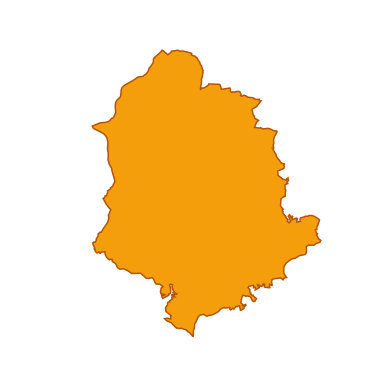 Zalha, Salaj, Romania, rotated 139°
{"feature_id": "2599482B19870008229772", "entity_name": "Zalha", "entity_type": "district", "adm_level": 2, "iso_a3": "ROU", "parent_name": "Romania", "parent_adm1": "Salaj", "projection": "albers", "projection_center": [23.526, 47.196], "detail": "fine", "context": "isolated", "style": "filled", "palette": "amber", "viewbox_px": 384, "rotation_deg": 139, "n_neighbors": 0, "source": "geoboundaries", "source_scale": "gbopen_adm2", "svg_char_len": 5962}
<svg xmlns="http://www.w3.org/2000/svg" viewBox="0 0 384 384"><g transform="rotate(139 192 192)"><path d="M263.3,245.4L264.7,239.3L265.0,235.4L264.9,231.9L270.4,229.3L271.7,227.1L273.6,225.5L277.2,223.9L282.5,222.7L286.8,221.2L288.0,222.1L290.5,221.9L290.9,221.0L292.8,220.0L294.3,219.8L296.2,218.3L297.8,217.6L299.0,218.7L300.3,218.7L301.2,217.0L302.3,213.4L303.2,213.3L303.1,211.6L303.8,211.2L303.9,208.6L302.2,207.6L301.7,208.0L301.0,207.0L301.6,206.3L301.3,205.9L299.8,206.0L296.8,204.0L297.9,202.9L298.8,200.9L299.3,198.1L299.0,195.1L297.6,194.7L296.6,193.5L296.6,193.1L297.2,192.7L297.7,191.7L296.6,188.2L297.8,183.7L297.1,181.0L295.4,180.1L293.7,178.4L291.4,172.7L291.6,172.3L291.3,170.9L290.8,169.9L284.2,164.4L283.7,163.2L283.9,161.4L283.2,159.5L283.4,158.2L283.2,157.4L281.6,155.3L278.1,153.5L278.2,151.5L279.3,147.9L279.4,145.9L276.9,143.7L275.9,139.6L278.4,139.7L280.6,137.8L281.0,137.8L282.2,135.6L280.7,133.9L279.8,132.2L281.4,132.5L282.4,134.3L283.7,132.0L283.8,130.9L277.6,129.3L276.8,129.5L276.5,129.8L276.6,130.3L276.1,130.4L274.9,129.7L273.2,131.1L271.4,133.4L269.7,136.8L268.4,136.3L267.7,134.5L269.2,133.8L271.1,129.5L270.9,127.7L272.2,128.2L271.6,126.2L270.2,125.2L270.9,125.0L273.7,127.0L274.0,126.4L273.8,124.2L275.1,125.6L274.1,127.6L274.5,127.8L274.9,127.5L275.8,125.5L276.6,125.5L276.8,125.1L276.5,124.4L276.7,124.1L280.0,124.5L281.1,123.8L282.1,124.5L283.1,124.3L284.8,122.8L287.1,122.3L288.3,121.6L290.0,119.0L288.9,112.3L290.2,111.9L291.1,110.2L292.0,110.9L293.2,112.8L295.8,114.3L295.6,111.8L295.1,110.1L294.5,109.6L294.4,108.8L293.4,107.0L293.5,104.3L293.1,102.7L293.3,101.8L292.9,99.3L292.2,99.0L291.6,97.6L289.5,96.2L286.8,91.7L286.7,91.3L287.0,91.0L286.6,90.5L286.8,89.1L286.1,87.7L286.1,84.3L285.7,83.7L286.2,82.9L285.9,82.3L284.4,83.5L281.4,87.0L279.9,87.3L276.5,90.7L273.4,91.7L269.8,93.5L267.7,93.8L266.3,93.6L263.4,91.9L262.8,89.5L261.8,88.2L260.7,88.0L256.8,85.7L251.1,84.5L248.6,84.5L247.7,85.0L244.1,84.1L242.8,82.4L239.3,80.2L239.2,79.8L240.3,78.9L240.1,77.6L237.4,77.4L237.5,76.6L236.8,76.2L233.6,76.8L233.1,75.7L231.7,75.7L230.8,75.1L230.8,74.5L231.8,73.6L231.9,72.5L233.0,71.3L232.8,70.6L230.5,70.2L229.1,70.2L229.2,70.8L228.7,71.0L225.6,71.1L225.3,72.0L228.5,72.9L228.6,73.2L227.5,73.7L227.8,76.5L223.8,79.5L221.5,80.7L220.0,78.9L220.0,78.3L218.2,76.9L216.8,74.9L216.7,74.0L217.8,70.3L217.2,68.7L216.1,68.3L213.3,69.2L214.0,73.6L213.7,74.2L214.7,74.7L214.6,76.0L214.9,76.9L213.9,77.1L214.1,77.9L213.9,78.9L212.5,80.0L212.4,80.6L212.6,83.0L211.1,83.5L207.0,81.4L207.0,80.9L208.4,79.4L207.2,79.0L206.7,78.4L208.5,76.6L203.9,75.7L203.5,76.2L203.9,77.9L203.4,79.2L202.4,77.7L202.0,76.0L201.1,75.1L199.6,74.7L199.1,74.8L199.3,75.4L198.9,75.8L197.8,75.7L198.1,74.3L198.9,73.6L199.1,73.8L199.5,72.1L197.7,70.5L196.9,69.3L195.9,68.8L195.4,70.0L194.1,71.5L193.8,71.4L193.3,69.6L192.8,69.1L192.1,69.8L191.2,71.7L189.6,73.0L189.1,73.3L187.8,73.1L181.6,69.1L180.9,66.6L181.0,66.0L180.7,65.9L179.5,66.6L178.7,66.5L176.7,65.4L176.0,70.1L174.9,71.9L172.0,74.9L170.4,75.8L167.3,76.6L161.2,76.2L157.1,74.1L152.6,73.5L147.9,70.7L146.2,70.8L144.8,71.8L143.0,73.8L141.9,75.6L140.9,75.9L138.9,75.4L134.8,71.9L132.2,71.7L128.5,70.2L126.5,71.0L127.1,73.3L126.9,75.2L126.5,75.9L126.4,77.8L125.8,78.1L124.8,78.0L125.0,80.0L124.1,81.4L123.7,82.6L122.3,81.9L120.3,84.0L118.8,84.4L114.0,87.3L114.5,89.9L115.7,93.5L116.9,95.5L118.9,97.3L120.2,97.6L122.6,99.5L123.5,99.5L127.2,101.3L128.2,100.7L129.6,98.7L132.7,100.6L130.0,102.8L130.7,103.3L130.3,103.7L130.5,104.0L130.8,103.8L132.1,104.6L134.5,105.1L134.8,105.5L132.1,107.5L132.4,108.1L133.7,108.0L133.3,110.8L133.7,111.0L135.2,110.6L135.8,107.8L137.3,104.9L138.0,105.4L139.0,105.1L139.3,107.5L137.7,108.1L137.9,111.5L137.3,111.8L137.3,116.4L136.1,117.4L135.8,119.3L134.5,119.2L134.4,123.4L129.6,128.2L127.5,128.6L124.3,127.6L122.7,129.6L120.2,131.7L119.6,133.3L117.4,136.2L116.2,136.3L114.2,135.5L114.0,136.1L114.3,136.9L113.5,137.4L111.8,137.2L111.0,138.2L111.0,139.0L110.3,139.7L111.9,139.9L112.5,139.1L113.3,139.2L114.6,141.6L114.9,141.7L116.1,147.6L115.7,148.7L113.6,151.6L107.3,149.5L105.6,150.6L105.6,151.4L105.3,151.8L104.1,152.1L103.9,152.7L104.4,153.0L105.8,156.0L105.1,158.5L105.4,159.7L104.8,163.9L104.0,165.0L103.7,166.2L103.6,166.7L103.9,167.3L102.7,170.9L102.7,172.2L101.7,171.5L101.2,171.9L101.2,172.3L99.6,174.4L98.1,175.3L96.1,178.0L93.7,179.6L88.6,181.4L88.0,182.1L88.2,182.7L90.1,184.5L91.2,187.5L92.7,190.0L97.1,193.1L98.1,195.7L98.8,195.6L102.4,199.7L97.5,202.3L94.9,202.2L95.1,203.4L96.4,206.4L95.3,208.2L95.2,210.2L93.4,213.2L93.0,214.5L91.8,215.0L87.1,214.1L80.1,215.5L81.1,216.6L80.5,218.1L82.7,219.5L83.7,221.0L84.1,222.9L87.5,226.8L88.3,229.2L89.1,230.5L89.5,231.1L91.0,231.3L92.1,232.4L92.1,232.8L91.4,232.7L90.2,235.8L90.7,237.4L93.4,239.2L94.4,239.3L95.4,240.8L96.9,241.4L96.9,242.9L95.7,244.1L95.2,245.6L102.4,250.2L100.5,254.4L100.8,255.4L108.4,262.5L109.5,262.0L112.7,262.2L115.3,263.0L116.4,264.1L118.1,263.6L118.2,264.1L115.9,266.2L113.3,268.0L112.6,269.1L111.8,269.6L111.3,270.7L108.3,272.4L106.5,274.2L105.4,274.8L105.0,275.6L103.9,276.2L103.8,277.2L102.4,280.2L101.7,283.5L100.9,285.2L101.0,286.8L100.3,289.6L100.6,291.2L100.4,292.0L102.6,295.7L101.3,296.8L101.6,297.6L106.1,304.0L108.6,306.2L110.1,308.7L112.1,309.6L114.6,311.6L117.1,311.2L120.2,311.5L121.0,317.5L121.5,318.6L124.2,318.2L133.4,318.0L136.0,315.4L140.5,313.9L143.2,313.5L146.4,311.7L149.5,311.2L153.5,311.6L156.4,313.7L158.0,314.3L161.4,314.5L173.2,316.9L176.2,316.7L178.2,315.7L182.5,311.6L184.0,310.7L188.6,310.5L191.2,309.4L193.7,307.1L197.6,301.9L202.5,299.7L204.6,300.2L207.4,299.8L208.8,300.0L211.7,301.3L214.8,303.7L216.7,304.7L224.0,307.2L224.6,304.5L220.4,294.2L220.3,290.5L220.8,288.6L222.8,284.6L227.4,280.1L230.0,275.9L234.2,271.4L236.1,267.5L237.1,262.8L238.6,260.3L242.8,251.1L243.8,250.2L246.6,249.3L247.7,248.4L250.9,248.5L251.6,247.8L255.1,248.2L255.7,247.2L259.1,245.3L259.9,246.1L261.6,245.2L263.3,245.4Z" fill="#f59e0b" stroke="#b45309" stroke-width="1.5"/></g></svg>